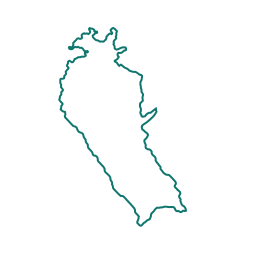 outline of Zefat, HaZafon, Israel, rotated 137°
{"feature_id": "584046B13386645158990", "entity_name": "Zefat", "entity_type": "district", "adm_level": 2, "iso_a3": "ISR", "parent_name": "Israel", "parent_adm1": "HaZafon", "projection": "natural_earth1", "projection_center": [35.521, 33.074], "detail": "fine", "context": "isolated", "style": "outline", "palette": "teal", "viewbox_px": 256, "rotation_deg": 137, "n_neighbors": 0, "source": "geoboundaries", "source_scale": "gbopen_adm2", "svg_char_len": 5862}
<svg xmlns="http://www.w3.org/2000/svg" viewBox="0 0 256 256"><g transform="rotate(137 128 128)"><path d="M164.6,187.5L164.3,184.6L163.1,182.6L163.7,181.9L164.5,180.6L165.2,180.2L166.1,179.8L166.7,178.8L166.7,176.7L166.7,167.1L166.3,166.0L165.6,165.1L165.3,163.3L166.0,161.6L166.4,160.5L166.5,159.3L166.5,158.3L166.0,157.4L165.4,156.4L165.0,154.7L165.6,153.0L166.3,152.1L166.8,150.1L166.9,148.4L168.1,147.0L168.6,145.1L168.6,143.5L170.0,141.8L170.7,140.2L170.6,137.6L170.6,136.2L170.8,134.5L171.5,133.1L171.9,132.0L171.6,131.0L170.8,130.1L170.4,128.8L170.4,127.5L171.2,126.0L172.2,124.9L172.6,123.4L172.4,121.6L172.5,119.0L172.4,117.2L172.5,115.8L173.1,113.8L174.1,112.9L174.5,111.9L174.6,110.0L174.4,108.7L174.3,105.9L174.6,104.2L175.2,103.1L175.8,102.6L176.3,101.4L176.6,99.5L177.2,98.5L178.2,97.6L178.4,96.6L178.9,95.6L179.9,94.1L180.0,92.9L180.0,90.4L179.9,86.3L179.8,84.4L179.6,83.1L178.6,82.3L178.0,81.1L177.9,78.3L178.0,75.9L178.0,70.5L178.2,65.1L178.6,63.6L180.1,61.8L180.3,60.5L180.3,57.4L180.4,55.9L181.1,55.5L182.6,54.2L183.8,53.7L185.2,53.1L185.9,52.3L185.9,51.4L185.9,49.5L185.7,48.4L185.2,47.7L183.7,47.5L181.8,47.8L180.8,47.7L179.7,47.4L177.3,47.4L175.2,46.9L174.4,46.5L172.7,47.2L171.5,47.8L170.8,48.5L169.7,49.3L168.5,49.5L166.2,49.5L165.0,49.8L162.7,50.1L160.9,49.8L160.4,49.1L159.1,48.1L158.6,47.8L157.9,47.4L157.2,46.6L155.4,45.8L154.3,45.0L153.4,44.0L151.7,41.9L150.8,41.3L149.8,40.2L148.9,39.6L148.5,38.1L148.7,37.0L149.1,36.2L149.3,34.8L148.9,33.7L147.9,33.1L147.4,32.1L147.2,31.1L146.6,30.4L145.4,30.0L144.2,29.9L143.4,29.1L143.1,28.5L142.1,28.0L141.5,28.8L140.9,29.7L140.6,30.8L140.5,31.9L140.5,33.0L141.0,34.2L140.8,35.9L140.3,36.7L140.0,37.6L139.3,39.1L138.4,39.7L137.9,40.8L137.8,42.4L137.0,43.4L135.4,44.0L134.4,44.4L133.7,45.5L133.7,48.1L134.0,48.7L133.8,50.7L134.0,52.3L133.6,53.6L132.6,54.1L131.3,54.4L130.5,55.1L130.0,56.2L129.9,58.6L129.9,61.0L129.9,63.8L130.1,65.6L130.5,66.3L131.6,67.4L132.2,68.7L132.4,69.9L132.6,71.2L132.3,73.4L132.2,75.4L131.9,76.3L131.2,76.8L130.7,77.7L130.7,79.6L130.4,81.5L130.4,82.7L130.3,83.8L130.1,85.1L129.4,86.0L128.5,86.9L128.0,88.5L128.1,89.8L128.3,91.4L128.2,92.6L127.7,93.7L126.9,94.4L126.6,95.6L126.7,97.1L127.3,98.2L128.2,99.2L128.6,101.2L127.9,102.4L126.8,103.2L126.2,104.4L126.0,105.5L125.4,106.6L124.7,107.6L124.3,107.9L121.0,108.1L119.7,108.5L118.2,109.2L117.7,110.0L117.7,111.7L118.1,113.6L118.2,116.2L118.5,117.2L117.4,119.2L116.4,120.0L114.9,120.1L112.9,119.8L111.4,119.5L107.8,119.2L101.3,119.2L98.8,119.7L98.1,119.9L96.7,120.3L96.1,120.5L95.5,121.7L94.8,122.6L94.4,123.2L97.6,123.5L100.8,123.7L101.5,124.1L102.5,124.9L103.3,125.1L104.6,125.4L105.7,125.3L107.5,125.0L108.3,125.4L109.8,126.4L109.9,127.7L109.3,128.5L108.9,130.4L108.0,131.3L107.1,131.6L106.4,132.2L105.3,133.5L104.9,134.7L104.5,135.7L103.2,137.0L102.3,137.7L100.1,137.8L98.6,137.8L97.8,138.8L97.0,140.0L96.3,140.7L94.9,141.6L94.2,142.2L93.7,143.6L93.5,145.0L93.0,145.9L92.2,146.4L91.8,147.2L91.5,148.2L90.9,149.0L90.3,149.5L90.0,150.2L89.2,151.5L88.2,152.4L87.5,153.2L86.3,153.5L85.1,154.1L84.3,154.7L83.5,155.4L82.8,155.8L82.1,156.8L82.3,158.0L83.2,159.1L83.3,160.4L83.7,162.1L84.3,164.0L85.9,165.5L86.6,166.7L87.8,168.8L87.9,170.4L88.3,172.4L88.9,173.5L89.4,175.2L89.6,177.0L89.9,179.1L90.6,179.3L92.0,179.4L92.1,180.1L91.9,181.8L91.6,183.2L91.9,184.6L92.3,185.6L91.9,186.2L91.5,186.2L89.2,185.7L87.6,185.9L86.3,186.3L86.3,187.7L85.6,188.8L84.5,189.5L83.7,189.5L83.2,189.0L82.7,188.3L81.2,187.4L80.1,187.3L78.7,187.3L77.8,187.2L77.3,186.7L76.3,186.4L75.4,187.1L74.9,188.5L75.7,189.6L77.5,191.0L81.8,192.5L82.9,193.2L83.5,194.6L83.3,195.6L82.5,196.3L82.0,197.2L81.8,198.1L81.5,199.2L80.5,199.6L80.0,200.5L79.2,201.2L78.0,201.4L76.1,201.5L75.1,201.9L74.6,203.2L73.1,203.9L72.4,204.7L71.8,205.5L71.1,205.7L70.1,206.3L70.1,207.6L70.1,209.2L70.5,211.0L71.2,211.6L71.6,211.6L73.7,211.6L74.0,211.3L74.3,210.6L74.5,209.4L74.7,208.3L75.2,207.9L76.0,207.9L76.3,208.9L77.0,209.5L78.1,209.7L79.5,209.6L81.4,209.5L82.2,208.9L82.6,208.3L83.9,207.9L86.3,207.8L87.2,208.0L88.1,209.1L89.0,209.8L89.7,210.5L89.9,211.4L90.2,212.2L90.7,213.1L91.3,213.8L91.6,214.8L91.7,215.6L91.7,217.5L91.6,218.6L91.1,219.4L90.3,219.7L88.8,219.5L88.1,219.6L86.7,219.5L86.1,218.8L85.5,218.8L85.0,219.6L85.9,220.6L86.5,221.0L86.7,221.6L85.9,222.4L85.8,223.1L86.2,224.5L86.6,225.3L87.5,226.2L87.8,227.1L88.6,227.2L89.3,226.5L89.5,225.4L90.0,224.3L90.6,223.8L91.8,223.6L92.9,223.7L93.3,224.6L93.7,225.4L94.7,225.9L95.3,226.4L95.4,227.0L96.1,227.5L96.7,227.6L98.1,227.7L99.1,226.9L99.6,226.0L99.9,225.6L100.8,225.1L101.7,225.5L102.5,226.2L103.1,227.4L104.2,228.0L106.4,227.7L108.2,227.7L110.1,227.5L110.6,227.0L111.3,226.0L112.3,225.7L113.0,225.2L113.8,225.1L114.8,226.2L115.3,227.1L115.9,227.3L116.5,227.0L116.8,225.7L116.1,224.6L114.8,223.7L112.6,223.7L111.5,223.5L110.5,222.0L109.6,221.7L109.1,221.3L108.8,219.9L108.1,219.1L107.2,218.3L107.0,216.8L107.3,214.7L107.0,213.5L106.3,212.7L105.2,211.9L105.3,211.1L106.1,211.0L107.3,211.9L108.2,212.5L108.5,212.3L109.0,211.5L109.1,210.9L109.2,210.0L109.8,209.7L110.7,209.8L112.1,210.6L112.8,211.4L113.4,211.9L114.4,212.2L115.1,212.7L115.9,213.6L116.6,213.8L118.3,214.1L119.1,214.3L119.8,214.7L120.2,214.8L121.0,214.3L122.3,213.9L123.4,213.8L124.2,214.3L124.6,215.8L124.8,216.6L125.1,217.2L126.5,217.4L127.4,216.7L128.0,216.1L129.3,215.7L130.3,215.0L130.4,213.5L130.5,212.5L131.1,212.1L133.4,212.0L135.2,211.6L136.2,210.1L136.9,209.6L139.3,209.5L140.0,208.5L140.9,208.0L142.0,208.4L142.9,209.3L143.8,209.8L144.6,209.5L145.5,208.6L146.0,207.8L146.7,207.3L147.2,206.1L147.5,205.1L148.2,204.4L148.9,203.9L149.2,203.1L149.3,201.9L149.4,200.5L150.2,199.8L151.4,199.8L152.6,199.6L153.7,198.1L154.8,197.8L155.9,197.7L156.6,197.3L157.2,196.5L159.0,195.6L159.2,194.4L159.3,192.0L159.1,190.7L159.7,190.0L160.8,189.7L161.9,189.5L163.4,188.1L164.2,187.7L164.6,187.5Z" fill="none" stroke="#0f766e" stroke-width="2"/></g></svg>